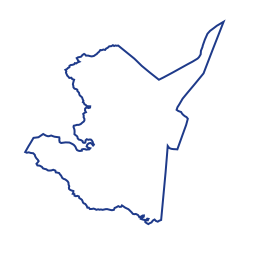 outline of Monção, Maranhão, Brazil, rotated 85°
{"feature_id": "56859067B17322500216026", "entity_name": "Monção", "entity_type": "district", "adm_level": 2, "iso_a3": "BRA", "parent_name": "Brazil", "parent_adm1": "Maranhão", "projection": "robinson", "projection_center": [-45.311, -3.479], "detail": "fine", "context": "isolated", "style": "outline", "palette": "blue", "viewbox_px": 256, "rotation_deg": 85, "n_neighbors": 0, "source": "geoboundaries", "source_scale": "gbopen_adm2", "svg_char_len": 4103}
<svg xmlns="http://www.w3.org/2000/svg" viewBox="0 0 256 256"><g transform="rotate(85 128 128)"><path d="M143.0,232.5L143.8,231.0L143.6,229.0L144.4,227.0L144.9,224.6L146.6,223.2L148.2,222.9L150.2,221.9L151.7,220.7L153.2,219.9L154.5,221.0L155.7,222.3L157.4,221.5L157.8,219.3L159.2,217.2L160.8,216.2L161.4,214.8L162.1,212.8L163.1,211.8L163.5,210.6L163.6,208.2L163.1,206.1L164.1,204.1L165.9,203.8L166.3,202.2L166.9,200.5L168.3,199.8L169.4,198.9L170.8,198.3L171.9,197.9L173.0,196.7L173.7,195.1L174.8,193.8L176.0,192.7L177.2,192.1L179.3,192.1L180.9,191.6L182.3,192.1L183.6,192.0L184.5,191.1L185.3,189.8L186.0,187.9L187.5,188.1L188.7,188.8L189.2,187.2L190.8,187.2L191.4,185.9L191.2,184.3L191.9,182.9L193.6,182.6L194.5,181.3L195.5,180.2L196.8,179.7L198.4,179.3L199.4,178.3L199.9,177.2L201.8,176.0L203.8,175.4L203.9,174.0L205.4,173.0L205.5,171.0L205.3,169.3L205.8,168.1L206.7,166.7L206.4,164.8L206.9,163.5L206.8,162.1L207.3,160.4L206.9,157.1L207.0,155.8L207.9,153.2L208.5,151.2L208.3,149.2L206.5,148.3L206.0,146.7L205.0,144.5L205.9,143.1L205.8,141.6L204.6,140.8L205.8,139.3L207.0,137.9L208.0,136.3L208.9,134.7L210.1,133.6L211.3,132.6L212.5,131.6L213.9,130.7L214.4,129.4L214.3,127.7L215.5,125.7L216.6,125.0L217.8,124.5L217.4,122.8L219.6,123.3L220.6,121.0L220.9,119.6L221.4,118.3L223.1,119.0L224.2,118.0L225.5,116.1L224.7,114.6L224.1,112.8L223.1,112.0L222.1,110.9L221.5,109.5L223.0,108.3L223.9,106.5L223.1,105.0L222.5,103.0L175.3,94.4L157.7,91.4L149.3,90.0L151.6,88.6L152.5,86.7L153.0,84.6L153.3,82.4L153.6,80.7L151.4,79.7L142.1,75.4L139.9,74.4L138.0,73.5L135.8,72.5L130.0,69.8L124.0,67.6L122.2,68.8L121.3,70.2L119.9,71.7L118.4,72.9L116.7,73.7L116.0,75.3L115.3,76.6L114.1,78.0L111.6,76.9L109.0,74.9L103.5,71.0L98.0,65.6L89.9,57.5L80.2,48.0L58.1,37.2L30.5,23.5L33.9,30.6L36.2,34.2L38.4,37.8L41.0,40.6L46.6,43.7L52.3,46.3L53.9,46.8L57.4,48.6L61.0,49.2L63.5,51.0L64.9,52.6L67.5,57.9L69.8,63.3L76.7,78.8L80.8,88.4L82.6,93.0L74.5,101.6L67.3,108.9L61.1,114.2L59.4,115.7L45.0,130.6L45.1,131.9L44.7,133.4L45.1,134.7L44.2,135.8L45.0,137.4L45.0,139.6L46.3,141.2L47.0,142.9L48.2,144.0L47.7,145.7L48.2,147.5L47.9,148.8L49.4,150.0L50.6,151.7L51.6,152.7L52.4,154.3L53.1,155.3L53.4,156.6L53.5,158.0L53.1,159.5L52.4,161.4L52.2,163.6L51.2,164.2L50.4,165.3L51.3,167.0L52.8,168.4L53.1,169.9L53.2,171.5L53.9,173.0L55.3,172.3L56.8,171.7L57.7,170.6L58.3,172.5L59.2,174.1L58.7,175.2L59.8,176.1L60.2,177.6L60.3,179.6L61.0,180.9L62.4,181.1L63.0,182.6L64.0,183.7L64.6,185.3L66.1,184.5L67.4,185.0L68.9,184.5L70.6,183.9L71.6,183.0L73.0,182.1L73.0,180.0L74.4,179.3L75.2,177.5L76.7,178.1L78.4,178.7L79.6,179.1L81.1,178.8L82.8,178.8L84.2,177.8L84.7,176.3L85.4,175.2L86.7,175.2L87.7,174.4L88.7,173.7L90.0,173.6L91.3,173.2L92.2,172.3L93.5,171.1L95.6,170.6L97.1,170.0L98.3,170.7L99.1,169.8L100.6,169.3L101.3,168.1L102.5,167.4L102.9,165.6L103.1,163.8L104.3,164.0L104.7,165.5L104.2,166.6L104.1,167.8L104.9,169.0L106.7,169.3L108.6,168.5L109.0,169.8L110.1,171.4L111.8,171.0L113.4,171.3L115.1,170.6L116.7,170.8L117.7,171.5L118.7,173.1L120.0,174.8L120.6,176.8L120.4,178.5L120.8,180.2L121.0,181.8L122.2,182.2L123.3,181.9L124.9,181.5L126.6,181.5L128.3,181.7L129.5,181.9L130.6,180.8L131.5,179.7L132.6,179.1L134.0,179.0L135.2,178.0L135.9,176.0L137.1,174.4L138.4,174.2L139.0,173.1L138.8,171.8L137.7,171.5L136.6,171.3L135.6,170.1L136.3,168.5L136.1,167.2L136.3,166.0L137.3,165.1L138.7,164.4L140.0,164.2L141.6,163.4L142.4,164.3L140.7,165.4L139.6,166.6L139.9,168.5L141.0,170.0L142.8,170.8L144.2,169.3L144.9,167.4L145.9,168.4L145.9,170.0L145.9,171.6L145.3,172.7L145.1,174.5L145.4,175.9L146.6,176.0L146.7,178.0L146.3,179.4L145.5,180.7L144.1,181.4L142.7,181.8L141.5,182.4L140.3,183.3L139.5,184.2L138.4,185.9L137.4,187.6L137.1,189.7L136.9,191.7L137.0,193.8L137.1,195.9L136.1,197.3L134.1,197.5L132.6,197.2L131.3,197.3L130.3,201.9L129.7,203.3L128.8,205.2L129.3,207.6L129.1,208.9L128.3,210.6L126.6,213.0L129.4,218.0L129.6,223.0L132.0,224.7L135.2,227.0L137.2,228.5L143.0,232.5ZM217.4,122.8L216.5,121.1L216.5,119.8L217.7,120.0L218.4,121.2L217.4,122.8ZM221.4,118.3L220.0,116.7L220.3,115.5L221.7,116.3L221.4,118.3Z" fill="none" stroke="#1e3a8a" stroke-width="2"/></g></svg>